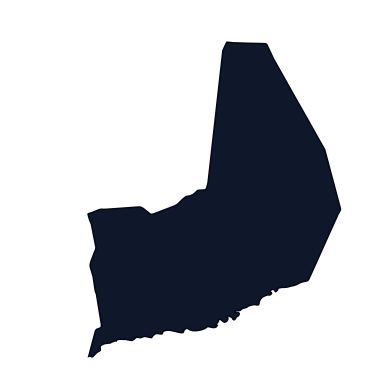 SVG path tracing the border of Alto Paraguay, rotated 76°
{"feature_id": "PRY-597", "entity_name": "Alto Paraguay", "entity_type": "Department", "adm_level": 1, "iso_a3": "PRY", "parent_name": "Paraguay", "parent_adm1": "", "projection": "equal_earth", "projection_center": [-58.696, -20.855], "detail": "fine", "context": "isolated", "style": "filled", "palette": "ink", "viewbox_px": 384, "rotation_deg": 76, "n_neighbors": 0, "source": "natural_earth", "source_scale": "10m", "svg_char_len": 3275}
<svg xmlns="http://www.w3.org/2000/svg" viewBox="0 0 384 384"><g transform="rotate(76 192 192)"><path d="M306.2,130.7L306.2,132.2L306.6,132.5L307.2,132.4L307.7,132.6L308.1,133.2L308.8,134.2L308.9,135.1L306.4,136.2L305.9,137.7L306.4,139.4L307.6,140.5L308.1,140.4L308.4,139.9L308.8,139.3L309.5,139.3L309.9,139.6L310.4,140.3L310.8,141.2L310.1,143.6L310.3,145.9L310.7,148.1L311.2,149.6L312.3,151.2L313.7,152.6L315.2,153.6L316.5,154.0L317.5,154.7L317.3,156.3L316.2,158.9L316.1,160.7L316.1,163.0L316.4,165.1L317.2,167.3L317.2,168.3L317.2,170.2L317.3,171.5L318.2,173.2L318.5,174.2L318.5,175.2L318.0,176.9L318.0,177.9L318.4,178.9L319.0,179.5L319.6,179.4L320.2,176.3L321.1,175.6L322.2,175.9L323.1,176.7L323.4,177.2L323.7,178.6L324.0,179.1L324.4,179.6L325.4,180.5L326.0,181.3L326.2,182.1L325.7,182.8L324.9,183.2L323.4,183.6L322.9,184.1L322.2,185.2L321.2,186.1L320.7,186.9L321.1,187.5L322.8,187.7L324.2,188.0L325.3,189.0L326.0,190.3L326.2,191.9L325.5,192.9L322.8,194.8L322.2,195.9L322.4,196.9L322.8,197.4L323.3,197.5L323.5,197.7L323.8,197.7L325.3,199.3L326.9,201.4L327.3,201.4L327.6,199.9L328.8,201.2L328.9,203.1L328.3,205.2L326.5,208.7L326.5,210.0L327.6,212.7L328.0,216.7L327.7,220.9L326.8,224.6L325.2,227.4L323.3,229.2L323.0,229.9L323.0,231.0L323.3,231.7L323.7,232.1L323.9,232.6L324.4,233.6L325.5,234.0L326.2,234.8L325.7,237.2L321.3,245.7L320.2,248.8L320.0,250.7L320.0,252.6L320.6,254.2L321.8,254.9L322.4,255.6L321.9,257.4L321.1,259.4L320.6,260.9L320.9,262.4L321.6,264.1L322.4,265.3L323.1,265.9L323.5,266.7L320.6,272.7L320.6,274.4L320.9,276.0L320.8,277.7L319.9,279.6L319.5,281.2L320.1,282.5L321.0,283.9L321.5,286.0L321.2,287.1L319.6,290.7L319.0,291.5L318.9,292.3L317.4,297.6L317.3,298.8L317.3,300.1L317.4,301.0L318.3,301.6L317.8,302.4L318.2,306.2L318.7,307.6L318.0,313.1L318.2,315.2L318.8,317.2L319.4,318.3L320.4,318.8L322.1,318.9L323.3,319.2L323.9,320.2L324.6,323.1L327.6,327.9L327.9,328.9L326.7,330.3L326.3,331.0L326.5,332.0L303.6,319.4L302.7,318.6L302.2,317.7L301.7,313.5L300.8,312.6L299.1,312.0L267.9,309.4L264.5,309.8L250.4,308.4L240.1,308.8L239.1,308.7L237.5,308.2L235.0,306.9L227.6,301.8L224.3,299.3L222.4,298.6L198.4,297.4L194.8,298.1L188.7,298.3L188.1,298.0L187.9,297.1L187.8,294.4L186.7,286.2L186.7,285.4L186.8,284.2L187.8,280.7L193.7,247.2L193.9,246.3L194.3,245.5L195.3,244.2L196.3,243.2L203.0,238.1L203.4,237.7L203.6,237.4L203.7,237.0L203.9,236.6L204.0,236.0L204.0,235.2L204.0,234.4L201.2,211.5L200.6,209.6L200.2,208.7L196.6,202.5L195.2,199.4L195.0,198.8L195.0,198.1L195.2,195.7L195.3,195.0L195.2,194.1L194.8,192.0L194.4,190.9L193.6,189.1L192.2,186.8L192.0,186.3L191.9,185.7L191.9,185.4L193.2,178.4L191.5,176.7L186.9,174.2L62.2,127.8L56.0,122.8L55.1,121.8L55.5,120.7L56.3,118.3L57.2,116.0L59.0,109.5L60.9,102.9L62.7,96.3L64.5,89.7L65.7,85.3L66.3,84.2L67.3,83.7L73.3,82.5L74.7,82.2L77.9,81.6L81.0,81.0L82.4,80.7L105.0,74.5L127.6,68.3L150.2,62.0L172.8,55.8L182.8,53.0L188.3,52.9L200.9,52.7L213.5,52.5L226.1,52.3L238.7,52.1L244.1,52.0L245.4,52.4L247.4,54.2L249.3,56.0L252.7,58.6L258.9,63.5L265.2,68.5L271.4,73.4L277.6,78.3L283.9,83.2L290.1,88.1L296.3,93.0L302.5,97.9L305.1,100.0L305.9,101.0L306.1,102.3L305.9,105.2L306.0,108.1L307.1,113.2L307.4,116.0L307.2,118.0L307.3,121.8L307.2,123.7L306.2,128.4L306.2,130.7Z" fill="#0f172a" stroke="#020617" stroke-width="1.5"/></g></svg>